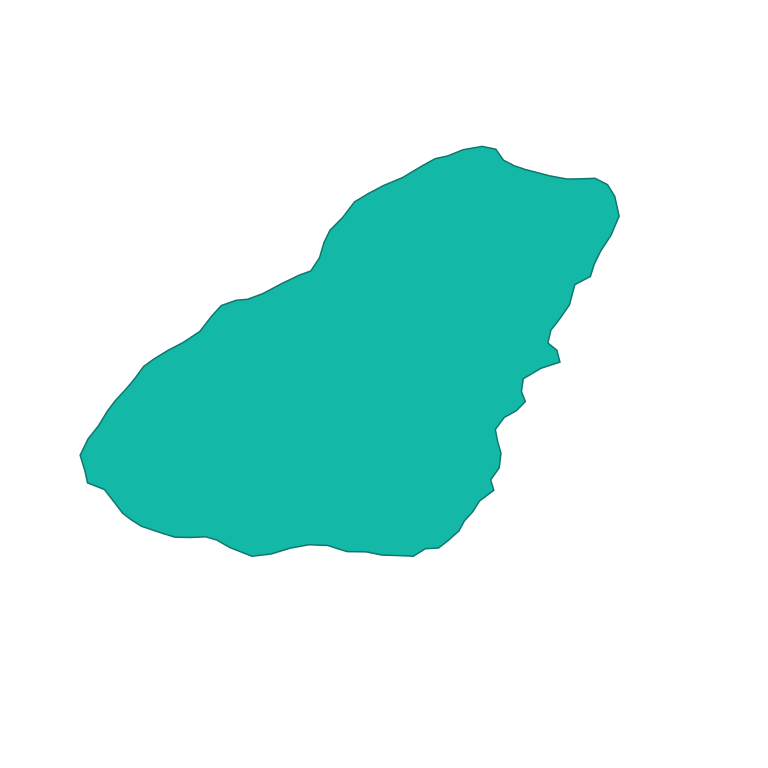 the district of Novais, São Paulo, Brazil, rotated 54°
{"feature_id": "56859067B41294834912273", "entity_name": "Novais", "entity_type": "district", "adm_level": 2, "iso_a3": "BRA", "parent_name": "Brazil", "parent_adm1": "São Paulo", "projection": "equal_earth", "projection_center": [-48.916, -20.986], "detail": "fine", "context": "isolated", "style": "filled", "palette": "teal", "viewbox_px": 768, "rotation_deg": 54, "n_neighbors": 0, "source": "geoboundaries", "source_scale": "gbopen_adm2", "svg_char_len": 1366}
<svg xmlns="http://www.w3.org/2000/svg" viewBox="0 0 768 768"><g transform="rotate(54 384 384)"><path d="M540.6,461.4L541.6,447.3L548.7,436.4L548.4,424.6L546.9,409.7L542.0,399.4L539.5,387.3L534.8,375.5L534.5,357.6L524.3,354.1L519.5,340.0L508.8,330.1L496.7,325.6L486.2,320.6L481.7,306.2L483.4,292.8L481.3,280.0L470.8,277.2L461.6,268.2L463.5,248.0L469.7,228.8L458.3,224.3L447.2,227.3L438.5,217.3L435.2,205.4L429.0,187.5L415.8,171.2L418.3,153.8L410.6,143.4L403.8,130.6L397.1,112.9L386.4,95.1L367.8,87.0L354.1,86.0L341.7,92.3L332.5,105.9L325.7,115.5L312.8,127.8L302.6,136.1L293.8,143.4L283.8,150.5L273.1,155.8L259.8,155.5L249.5,164.9L241.0,182.2L236.7,199.1L231.8,210.0L230.0,224.3L227.9,247.5L223.2,267.4L220.8,283.8L219.3,300.7L224.9,319.3L227.9,337.4L234.3,349.5L243.9,361.9L249.5,376.7L246.1,388.6L242.8,406.7L239.6,429.1L235.2,444.7L229.4,454.3L224.9,469.4L227.6,482.8L233.2,502.2L232.3,522.3L229.8,539.0L228.5,555.8L228.5,568.2L232.8,581.3L236.2,594.6L239.6,611.5L243.3,623.6L250.1,640.0L254.4,655.6L263.0,671.7L279.0,677.2L289.7,682.0L305.1,672.2L322.4,671.7L334.9,671.4L345.1,668.4L356.5,663.9L374.9,650.8L385.0,643.2L394.0,631.4L402.9,618.0L411.9,611.0L425.6,604.9L445.7,592.1L455.2,575.2L461.6,556.6L469.9,539.2L481.7,524.3L490.0,518.3L497.8,512.5L509.3,497.1L521.3,486.1L530.9,473.7L540.6,461.4Z" fill="#14b8a6" stroke="#0f766e" stroke-width="1.5"/></g></svg>